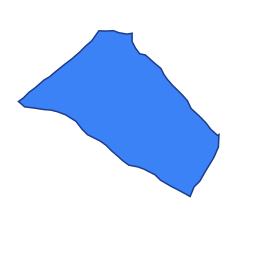 outline of Vothylakas, Cyprus, rotated 319°
{"feature_id": "46923920B71614438662685", "entity_name": "Vothylakas", "entity_type": "district", "adm_level": 2, "iso_a3": "CYP", "parent_name": "Cyprus", "parent_adm1": "", "projection": "mercator", "projection_center": [34.194, 35.469], "detail": "fine", "context": "isolated", "style": "filled", "palette": "blue", "viewbox_px": 256, "rotation_deg": 319, "n_neighbors": 0, "source": "geoboundaries", "source_scale": "gbopen_adm2", "svg_char_len": 927}
<svg xmlns="http://www.w3.org/2000/svg" viewBox="0 0 256 256"><g transform="rotate(319 128 128)"><path d="M169.7,35.5L158.0,38.4L149.2,38.4L141.1,39.0L131.1,39.0L122.3,38.4L108.9,37.9L102.5,37.9L96.0,36.7L84.3,36.7L76.7,36.1L68.6,36.7L62.7,36.1L63.9,44.3L70.3,51.4L76.7,59.0L81.4,63.7L85.5,69.6L89.6,77.2L93.1,88.9L92.5,98.9L93.1,106.6L96.0,113.6L98.4,119.5L100.1,126.5L100.7,135.3L101.9,143.0L102.5,148.8L104.2,156.5L110.1,164.1L113.0,169.4L117.7,181.1L118.3,188.8L122.3,200.5L124.7,206.4L127.6,214.0L129.9,220.5L139.3,215.8L147.5,215.2L157.4,211.7L166.8,208.7L173.8,206.4L183.7,201.7L192.4,192.6L190.7,192.3L189.6,183.5L190.2,175.3L189.6,165.3L188.4,154.7L190.7,146.5L190.7,139.5L190.2,131.8L189.6,125.4L189.6,117.1L190.2,111.3L191.9,104.8L190.7,97.2L189.0,84.2L185.5,79.6L186.1,72.5L187.8,65.5L193.3,59.2L189.0,56.6L183.7,50.2L180.8,44.9L175.5,40.8L169.7,35.5Z" fill="#3b82f6" stroke="#1e3a8a" stroke-width="1.5"/></g></svg>